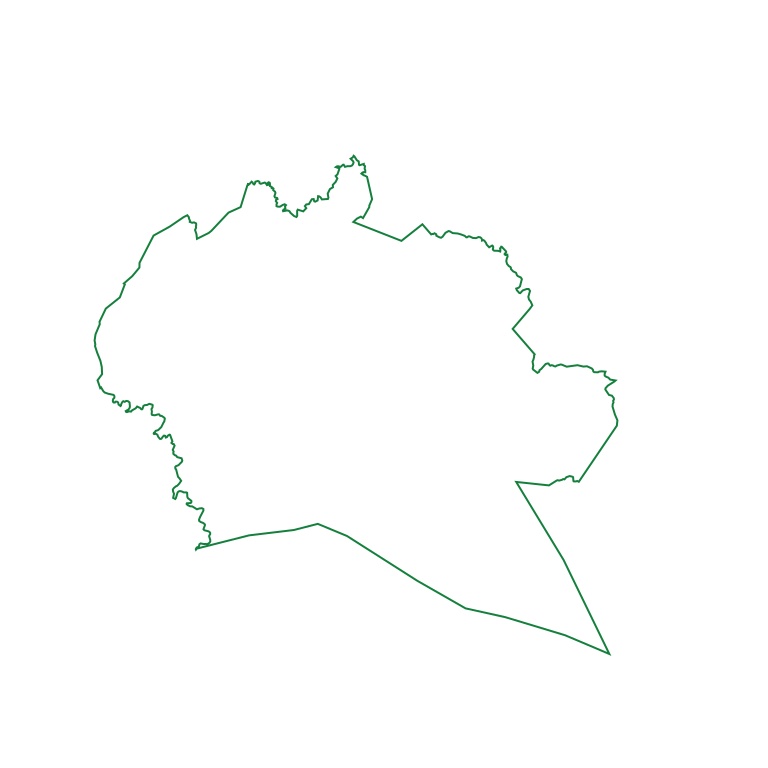 outline of San Agustín Loxicha, Oaxaca, Mexico, rotated 286°
{"feature_id": "50627088B42356664126835", "entity_name": "San Agustín Loxicha", "entity_type": "district", "adm_level": 2, "iso_a3": "MEX", "parent_name": "Mexico", "parent_adm1": "Oaxaca", "projection": "orthographic", "projection_center": [-96.596, 15.968], "detail": "fine", "context": "isolated", "style": "outline", "palette": "green", "viewbox_px": 768, "rotation_deg": 286, "n_neighbors": 0, "source": "geoboundaries", "source_scale": "gbopen_adm2", "svg_char_len": 6158}
<svg xmlns="http://www.w3.org/2000/svg" viewBox="0 0 768 768"><g transform="rotate(286 384 384)"><path d="M451.2,605.6L450.6,600.2L451.9,598.0L452.3,595.0L452.9,593.8L454.5,593.3L456.9,593.5L456.2,589.8L455.2,587.4L454.2,586.4L453.3,582.8L453.7,581.8L455.2,581.0L456.2,579.5L457.0,574.3L455.7,570.8L455.4,564.8L451.0,554.8L451.6,549.5L451.4,548.3L449.3,545.0L448.2,544.1L448.0,542.8L448.4,541.0L448.2,539.7L447.5,539.0L447.6,538.2L449.0,536.5L448.9,535.7L447.8,533.9L441.6,530.9L440.2,529.7L438.6,529.8L437.0,528.4L439.0,523.4L439.7,522.7L442.9,522.4L446.5,520.6L448.5,520.9L451.5,520.8L452.9,520.4L454.0,520.7L472.4,492.5L496.4,503.4L500.5,504.9L503.5,502.4L505.2,500.1L507.6,498.7L513.7,498.7L515.2,496.9L514.6,494.9L512.2,491.6L508.9,489.9L508.8,489.0L510.8,485.8L512.2,484.8L513.6,486.9L515.3,487.8L522.8,487.6L524.1,486.2L524.6,482.9L525.2,481.8L527.3,480.3L527.9,477.0L529.5,474.3L530.6,474.0L531.3,473.3L531.7,471.6L533.4,469.1L535.8,467.7L538.7,467.4L540.4,467.7L542.3,466.9L541.5,465.3L541.8,464.3L542.7,464.1L543.4,464.9L544.6,465.1L545.2,464.6L548.4,459.3L548.3,458.8L546.5,458.6L546.3,458.2L544.3,459.1L543.4,459.2L543.5,457.0L542.5,453.2L542.9,452.0L543.4,451.5L545.2,451.4L546.4,450.9L546.9,449.8L544.4,447.4L546.3,444.2L547.6,443.3L549.4,441.0L549.7,439.8L548.9,438.7L550.0,438.3L551.0,437.4L551.5,436.2L551.3,434.3L549.6,432.3L548.9,429.2L549.5,425.4L549.2,424.5L547.9,423.4L547.7,422.7L548.7,420.7L549.0,416.5L549.0,413.3L548.0,408.5L548.9,405.1L548.8,403.9L546.3,401.4L541.7,399.7L540.3,398.5L540.3,396.7L541.0,393.4L542.3,393.0L542.8,391.0L541.7,390.0L541.6,389.2L540.8,388.1L548.1,376.9L526.4,361.3L531.3,309.9L535.5,312.4L538.5,315.6L537.7,318.1L550.0,321.1L551.4,320.7L558.4,321.6L578.5,310.6L579.1,307.8L579.0,307.0L580.0,304.3L581.3,305.0L581.3,305.6L582.0,305.9L582.4,307.6L584.5,307.0L585.6,306.0L588.2,305.7L588.8,304.3L590.0,303.9L587.6,300.3L587.8,299.6L591.0,298.3L591.6,296.2L594.6,292.9L595.0,291.9L593.3,291.6L591.3,289.8L589.7,292.8L588.6,293.7L586.7,293.6L585.1,292.9L584.1,291.6L583.3,288.8L582.0,286.6L583.7,284.8L583.5,284.2L580.7,282.4L580.7,279.8L580.1,278.6L579.2,277.9L579.0,281.2L578.6,281.8L572.7,281.5L570.6,280.2L568.8,282.5L564.9,281.8L561.3,279.9L559.0,280.7L556.5,278.3L551.5,277.4L547.8,279.2L546.4,279.1L544.3,273.4L545.9,271.6L546.5,270.0L546.4,268.9L542.1,269.6L540.3,267.6L540.4,266.6L542.4,265.4L541.7,263.7L536.2,262.2L535.2,259.8L533.2,258.9L531.6,260.8L527.7,258.8L527.8,253.0L526.4,252.8L521.7,254.2L520.4,253.8L520.7,251.2L522.8,246.8L524.0,245.6L524.2,244.6L524.2,243.2L522.3,239.4L523.0,239.0L525.0,240.2L525.4,240.9L527.5,239.9L528.9,240.5L529.4,239.0L528.3,237.4L525.7,235.1L525.2,232.7L525.3,231.7L527.2,231.1L528.6,231.4L530.0,229.6L531.3,229.5L532.4,230.7L533.3,230.1L533.3,227.8L534.3,226.9L537.7,227.0L538.8,226.3L539.9,224.0L541.4,223.9L541.7,223.3L541.3,222.1L542.4,221.8L542.8,219.8L545.0,219.2L546.0,218.6L546.1,217.4L545.1,216.8L543.5,217.7L542.9,216.7L544.3,215.2L544.8,213.9L542.5,210.4L542.7,209.1L544.1,208.4L544.4,206.8L543.0,204.6L541.2,204.7L540.0,204.2L540.1,203.5L541.5,202.1L542.0,201.0L539.0,199.5L538.8,198.2L537.8,198.6L537.4,197.9L514.5,197.4L505.9,187.3L483.4,175.7L480.8,173.8L472.0,164.2L476.4,162.4L480.0,159.9L482.4,160.3L483.7,159.7L485.0,159.7L486.6,159.1L487.0,156.8L486.1,155.2L486.3,152.6L487.4,152.5L489.5,150.8L490.5,150.5L492.0,148.4L489.2,145.4L476.2,134.6L463.2,121.6L433.1,115.6L428.5,116.8L418.3,112.3L408.9,106.2L408.3,107.4L394.4,106.2L379.8,95.8L365.4,93.4L363.1,94.3L352.3,93.0L346.1,93.8L342.5,95.6L340.9,95.7L335.1,99.6L328.1,105.0L322.6,108.0L315.8,110.3L308.6,107.6L301.8,112.4L302.7,113.0L299.7,116.2L298.8,117.9L298.6,121.8L299.0,126.9L298.5,127.8L297.5,128.4L296.4,128.6L294.8,127.8L293.3,127.9L292.2,128.4L291.7,129.2L292.0,130.4L293.0,130.7L293.4,132.3L293.0,133.5L291.1,134.5L290.2,136.8L290.9,137.1L291.7,136.9L294.2,137.3L295.6,138.1L295.4,139.7L296.7,140.9L296.9,142.6L296.1,144.5L292.5,145.9L291.1,146.1L289.2,145.5L286.8,143.2L286.2,143.6L286.1,144.6L287.4,146.4L287.8,148.5L289.0,148.9L292.2,152.0L294.3,152.9L293.7,156.4L292.9,157.5L292.9,158.3L293.5,158.7L296.6,158.8L297.7,159.8L298.6,162.1L300.2,163.8L300.3,166.6L299.9,167.5L297.5,167.9L295.8,167.4L293.5,168.5L291.1,168.9L290.3,169.7L290.8,172.4L292.6,175.3L292.8,176.3L291.7,177.7L292.1,179.0L291.0,182.2L290.2,182.9L287.2,183.1L286.3,182.7L281.2,181.8L277.4,179.6L276.0,177.4L274.8,177.1L273.7,176.3L272.8,176.3L272.5,176.8L273.3,178.3L272.8,180.1L271.0,181.5L269.5,183.7L269.6,184.4L270.0,185.1L272.6,186.0L273.8,186.8L273.8,188.0L272.4,189.0L273.1,190.0L274.8,190.5L276.2,191.8L276.1,192.4L270.6,196.4L268.8,195.9L268.1,197.4L268.3,198.4L267.0,199.7L262.4,199.1L261.1,200.4L259.8,200.4L258.7,200.9L257.9,202.7L257.8,204.0L256.7,205.4L256.8,209.9L254.8,211.2L253.7,211.2L249.3,208.8L247.7,206.7L246.6,206.2L245.0,206.9L244.6,207.7L238.0,211.6L236.8,213.6L235.0,215.7L231.7,214.6L229.1,213.2L228.4,212.3L226.3,210.8L224.4,210.1L222.5,210.9L220.6,212.4L216.4,212.7L215.9,215.0L216.9,215.4L222.9,215.5L224.0,216.1L224.8,217.3L225.0,219.0L224.6,221.5L225.3,223.7L225.2,224.7L221.2,226.1L220.2,227.0L218.6,231.0L217.4,231.4L216.3,231.0L215.0,227.4L214.3,227.3L213.5,228.5L213.0,231.3L213.5,233.5L212.0,238.7L213.5,240.9L214.4,243.2L214.1,244.8L212.5,245.3L205.7,243.9L202.7,243.6L201.5,244.0L200.8,245.8L200.6,248.4L199.9,250.2L199.2,250.8L194.6,250.5L193.9,251.7L194.0,256.0L193.7,257.0L192.9,258.0L191.6,258.3L190.2,257.8L189.4,257.9L186.3,259.9L185.0,260.4L183.3,260.1L181.2,258.1L181.2,256.9L180.5,255.0L180.2,251.6L179.1,250.8L176.2,250.8L175.7,249.5L174.7,248.9L173.4,248.6L173.0,248.9L174.1,249.3L201.3,296.0L218.8,337.6L231.3,358.9L227.7,390.3L204.0,470.3L190.8,524.2L193.3,564.9L192.4,627.3L186.6,675.0L264.3,605.2L326.3,538.1L332.0,570.5L338.9,576.7L339.4,577.5L339.4,578.9L340.9,581.4L342.0,582.4L342.1,583.8L344.7,585.0L346.7,587.9L346.8,591.0L346.5,591.5L343.0,592.8L342.7,593.2L343.2,595.3L344.0,596.4L343.7,598.2L408.1,619.3L413.4,618.4L418.3,614.4L425.3,609.9L427.8,609.4L429.5,609.7L431.0,608.9L432.4,609.3L433.7,608.8L435.6,606.3L435.5,603.3L439.7,598.3L441.0,598.1L444.1,599.6L449.9,604.8L451.2,605.6Z" fill="none" stroke="#15803d" stroke-width="2"/></g></svg>